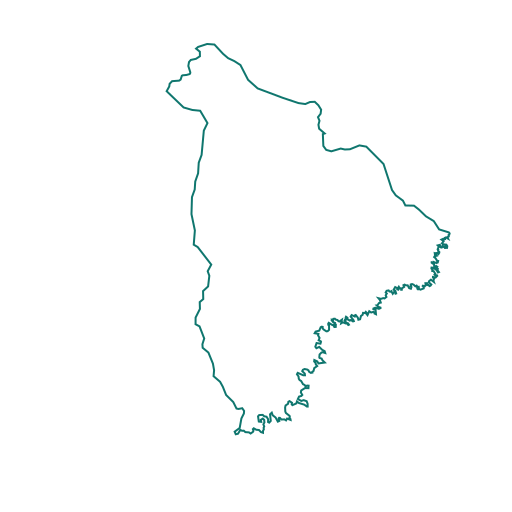 Obo, Haut-Mbomou, Central African Republic, rotated 302°
{"feature_id": "33826404B40761150188578", "entity_name": "Obo", "entity_type": "district", "adm_level": 2, "iso_a3": "CAF", "parent_name": "Central African Republic", "parent_adm1": "Haut-Mbomou", "projection": "natural_earth1", "projection_center": [26.309, 5.539], "detail": "fine", "context": "isolated", "style": "outline", "palette": "teal", "viewbox_px": 512, "rotation_deg": 302, "n_neighbors": 0, "source": "geoboundaries", "source_scale": "gbopen_adm2", "svg_char_len": 6138}
<svg xmlns="http://www.w3.org/2000/svg" viewBox="0 0 512 512"><g transform="rotate(302 256 256)"><path d="M413.3,108.7L409.9,102.2L402.6,96.1L400.1,95.3L399.5,100.1L395.7,102.6L391.4,100.6L387.7,96.8L385.0,96.4L381.3,97.9L376.9,103.0L375.9,103.4L375.1,103.3L372.7,101.1L370.3,98.0L369.5,97.6L365.7,98.6L364.0,97.9L359.8,92.2L356.3,91.5L353.8,92.6L348.4,92.9L343.6,115.9L346.1,124.6L349.6,131.7L343.0,144.4L334.7,145.3L312.9,156.3L304.8,158.0L295.4,163.1L287.0,165.0L279.9,168.8L272.0,170.5L257.3,179.1L245.3,190.6L232.6,197.2L232.7,201.8L225.0,222.6L217.5,223.1L214.5,226.9L204.8,231.5L198.2,229.7L191.5,234.1L187.1,232.7L181.4,236.5L171.8,237.4L166.1,240.9L166.4,245.4L158.6,255.8L152.8,257.3L149.9,259.4L148.9,266.8L141.9,276.5L136.9,281.0L131.6,283.7L130.3,292.2L127.5,297.2L122.3,304.3L120.1,314.1L116.3,320.3L117.0,322.2L119.6,325.0L118.3,328.0L116.0,329.2L110.5,329.7L101.5,333.3L95.7,331.0L94.1,333.3L95.7,334.9L100.2,334.9L100.4,336.8L101.4,338.2L101.0,340.3L102.7,343.5L102.6,345.5L105.2,346.6L106.4,346.5L107.5,345.1L108.7,345.4L108.8,348.3L110.0,350.7L109.3,353.5L109.8,355.6L111.4,354.6L113.2,354.5L114.3,353.5L115.8,353.3L117.1,351.5L119.4,351.3L121.4,349.7L121.7,347.9L119.6,346.9L118.1,348.3L117.1,346.1L121.1,342.7L122.8,343.0L124.8,345.9L124.4,347.9L125.3,350.1L124.0,352.8L121.6,354.2L121.7,355.5L124.0,355.9L129.2,351.8L131.5,352.4L129.8,354.5L129.4,358.2L127.1,362.3L128.5,363.2L130.3,361.3L131.0,361.3L131.4,362.1L130.8,364.2L132.5,366.7L132.5,368.6L134.6,368.5L135.3,372.2L136.0,371.6L136.2,370.1L137.4,370.0L138.2,369.2L138.7,364.6L139.6,363.3L142.9,361.0L144.9,360.3L147.7,361.5L149.5,360.7L150.7,361.3L150.6,364.3L149.2,364.8L148.8,365.9L152.3,368.3L154.4,367.8L154.0,370.0L155.5,375.7L155.3,379.0L155.7,379.6L158.0,378.1L159.7,375.9L159.0,372.8L157.1,371.2L156.9,367.3L159.6,367.0L161.3,368.6L162.7,368.9L164.0,366.4L165.9,365.6L169.9,367.5L171.7,370.5L173.9,369.3L173.2,368.0L171.7,367.1L172.4,365.6L172.2,363.8L173.9,360.6L173.9,358.7L174.6,357.3L176.4,355.9L177.4,353.4L179.0,353.3L179.9,359.3L180.8,360.7L182.1,359.7L182.9,356.2L184.4,356.1L185.9,357.1L186.9,359.8L186.8,361.2L186.0,362.2L185.9,364.4L187.0,365.6L187.6,365.1L189.0,365.7L191.8,364.8L195.1,366.2L195.8,364.1L196.7,363.5L197.4,361.2L198.7,360.6L199.1,363.8L198.0,365.9L202.1,370.8L202.8,367.6L203.8,366.0L203.2,364.0L203.7,363.3L206.2,362.1L208.9,362.7L209.8,363.7L210.4,366.1L211.7,364.6L211.5,361.9L212.4,357.8L209.8,356.1L210.5,354.4L214.3,353.5L215.8,357.1L217.7,356.6L218.0,356.1L217.7,353.8L220.2,353.3L221.6,350.7L223.0,350.2L221.6,346.7L223.5,346.6L226.2,349.2L229.9,348.6L230.9,349.2L231.2,350.1L229.9,350.9L229.5,352.3L229.4,355.6L230.2,356.6L232.1,357.1L235.9,354.7L235.9,353.8L236.9,353.1L237.9,353.1L237.9,357.4L239.2,358.8L238.0,358.9L237.3,360.1L238.1,361.2L240.2,360.0L240.0,358.7L241.1,358.4L240.7,356.7L241.4,354.8L241.9,355.3L242.4,354.1L243.2,355.1L243.8,355.0L244.6,356.1L244.3,357.3L244.9,359.0L244.4,360.4L244.6,361.4L247.5,362.6L244.0,363.9L245.8,364.8L246.3,367.8L247.1,368.4L246.4,370.8L247.0,371.2L247.7,369.8L247.3,368.1L248.2,365.3L249.4,365.2L249.7,366.1L250.4,366.2L251.4,364.6L252.2,364.5L252.1,366.3L250.8,367.2L250.9,369.8L251.6,369.9L252.0,370.7L251.9,372.9L252.6,373.5L253.3,372.6L254.8,368.4L256.6,368.4L257.0,371.8L258.3,371.4L258.8,371.8L257.7,375.0L256.2,376.6L257.5,377.8L260.8,376.8L262.7,377.6L264.5,376.9L265.4,378.6L266.8,378.7L266.5,379.9L265.6,379.7L265.9,381.0L265.2,381.1L264.9,381.9L269.2,381.3L269.1,383.6L270.9,385.2L270.9,386.1L270.0,387.0L270.2,388.6L273.9,385.8L274.1,384.9L273.4,384.9L273.1,383.7L273.7,383.4L275.4,384.6L276.3,388.2L277.8,389.2L278.2,388.9L277.7,386.4L278.1,384.6L278.5,385.1L281.2,385.2L282.6,386.5L284.4,384.3L285.1,382.2L285.9,384.7L287.7,386.2L288.1,387.5L290.4,388.3L291.4,386.8L293.5,386.8L293.8,385.3L295.7,385.2L297.1,386.7L296.6,388.0L297.0,389.0L297.9,389.4L296.4,392.0L298.6,392.2L298.6,393.6L298.0,394.3L298.5,394.7L300.4,392.5L300.3,390.6L303.4,390.5L303.6,393.0L302.7,393.4L302.8,394.5L303.8,394.6L304.9,393.4L305.6,393.4L305.0,394.6L305.3,396.3L304.3,397.0L304.6,397.5L306.0,396.9L308.2,398.0L309.4,396.5L310.5,397.2L310.5,398.6L311.5,400.2L309.9,402.9L310.3,404.7L312.0,404.3L312.7,403.5L312.4,403.0L313.9,402.3L314.9,403.2L315.2,404.9L314.7,407.2L316.0,407.9L315.4,409.4L316.1,410.3L315.6,410.7L314.7,409.3L313.7,410.3L313.6,411.0L314.4,411.1L314.6,413.3L317.4,415.4L318.6,414.7L319.0,412.5L319.8,415.2L321.2,415.3L322.7,414.1L323.5,415.4L322.2,416.7L322.9,417.3L322.4,419.1L323.3,419.7L324.7,419.8L325.3,416.4L326.3,416.1L328.6,416.9L328.3,420.5L329.0,419.6L331.3,419.0L331.5,417.5L332.0,417.2L332.9,419.7L335.2,420.2L335.5,419.7L334.6,418.2L334.7,417.3L335.9,417.5L337.3,414.7L336.7,413.4L337.9,412.8L338.3,411.4L339.2,411.0L340.0,412.6L339.5,413.2L340.0,414.7L339.7,416.7L338.5,419.0L339.3,419.6L340.1,417.5L341.4,417.0L340.9,415.2L342.9,415.5L343.0,414.0L341.6,413.5L341.4,412.8L343.8,411.0L343.2,409.9L343.4,408.5L343.8,408.3L344.6,410.2L345.1,409.9L345.6,412.6L346.7,412.7L346.7,413.5L347.2,413.5L348.3,413.1L347.9,412.2L349.3,409.3L349.6,406.8L349.9,408.1L351.1,408.2L352.1,409.2L352.7,408.0L351.9,407.1L353.0,406.2L353.1,406.9L353.6,406.8L354.7,408.2L354.3,409.7L355.8,409.7L356.5,409.4L356.9,407.6L357.9,407.3L358.0,406.5L360.9,406.0L361.3,404.5L362.9,406.0L361.2,407.8L361.3,408.5L361.6,409.0L363.5,408.7L363.0,410.0L363.6,410.5L362.9,411.9L363.6,412.9L364.0,411.9L365.0,411.7L364.8,413.4L365.7,413.0L366.5,411.4L365.2,408.8L365.3,407.0L368.2,407.3L368.7,406.7L368.1,406.1L368.2,404.6L369.9,405.7L370.6,407.3L371.5,406.6L372.4,407.2L372.5,409.7L373.4,408.3L374.7,409.1L375.8,408.2L376.5,408.6L377.8,408.2L378.2,407.0L375.6,397.2L379.8,388.3L379.7,379.1L381.7,369.6L382.4,363.3L378.0,355.9L380.8,351.3L381.5,342.4L384.0,336.4L401.6,315.4L407.2,291.6L404.6,285.1L396.3,279.1L393.4,274.9L392.0,270.9L384.7,264.4L383.2,259.3L385.0,254.8L394.8,248.1L396.3,249.3L397.4,242.1L400.4,239.4L404.3,238.2L406.6,235.0L410.9,235.4L414.6,233.7L416.9,229.0L417.9,224.1L415.2,220.2L411.0,217.3L408.2,211.0L404.3,194.8L399.0,168.6L401.2,155.9L409.7,141.6L409.8,134.3L409.0,127.5L410.0,120.9L413.3,108.7Z" fill="none" stroke="#0f766e" stroke-width="2"/></g></svg>